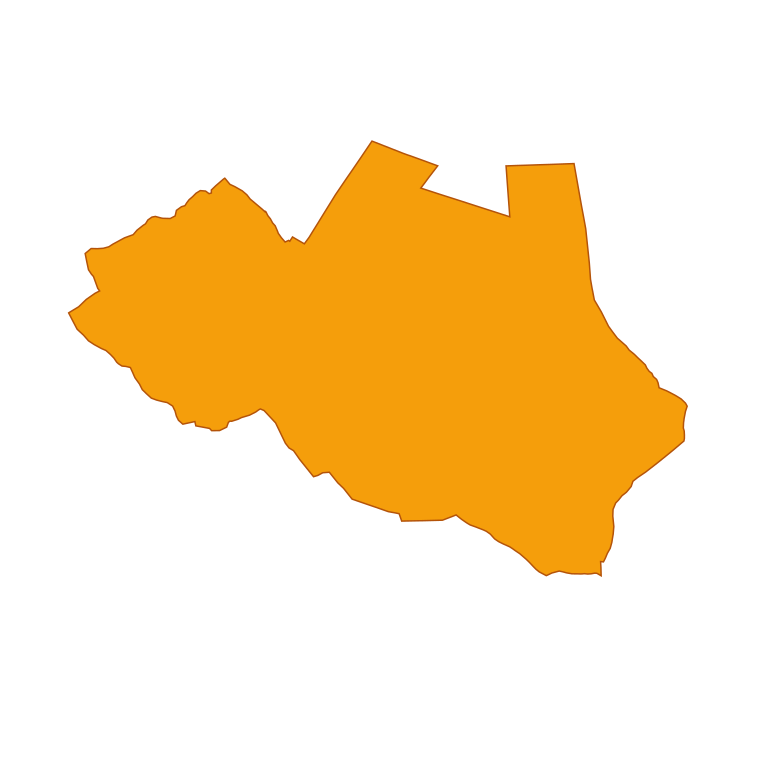 outline of Zaragoza, Veracruz, Mexico, rotated 346°
{"feature_id": "50627088B53644428615322", "entity_name": "Zaragoza", "entity_type": "district", "adm_level": 2, "iso_a3": "MEX", "parent_name": "Mexico", "parent_adm1": "Veracruz", "projection": "natural_earth1", "projection_center": [-94.642, 17.948], "detail": "fine", "context": "isolated", "style": "filled", "palette": "amber", "viewbox_px": 768, "rotation_deg": 346, "n_neighbors": 0, "source": "geoboundaries", "source_scale": "gbopen_adm2", "svg_char_len": 4199}
<svg xmlns="http://www.w3.org/2000/svg" viewBox="0 0 768 768"><g transform="rotate(346 384 384)"><path d="M279.3,145.8L278.8,146.0L277.9,146.3L275.3,147.6L268.6,151.0L265.0,153.1L263.4,154.0L262.7,156.9L260.3,157.0L258.1,154.3L257.5,153.6L252.5,151.9L247.8,153.4L243.5,156.0L239.5,158.0L236.4,160.5L234.0,162.8L230.3,163.0L224.6,165.3L222.0,170.4L216.6,171.7L209.4,169.7L207.9,169.0L202.7,166.1L199.2,165.9L194.6,167.7L191.3,170.9L188.9,171.7L187.3,172.4L181.6,175.0L176.8,178.4L176.2,178.5L174.1,178.7L167.6,179.4L162.9,180.6L161.4,181.0L154.8,182.7L150.1,184.3L144.5,184.4L139.5,183.5L138.8,183.4L132.6,181.7L128.1,183.9L125.6,185.1L125.2,193.1L124.9,201.7L126.7,206.7L128.1,209.4L129.4,222.0L130.6,224.9L125.5,226.1L115.6,229.9L106.4,235.2L95.4,238.6L95.2,238.7L97.7,249.2L99.5,256.6L101.1,259.1L104.2,263.8L107.7,270.6L112.4,275.7L118.5,281.3L122.3,284.2L125.6,289.0L128.2,293.5L129.9,298.1L131.2,300.1L134.1,303.2L136.1,303.9L137.8,304.5L140.7,306.0L141.9,306.7L142.6,310.5L142.9,312.0L143.4,315.1L143.9,317.8L146.7,324.8L148.1,331.0L149.8,333.7L151.0,335.7L154.8,341.4L159.5,344.6L164.3,347.2L166.1,348.1L169.2,349.6L173.6,354.3L174.2,357.3L174.6,359.1L174.7,359.5L174.8,364.9L175.8,369.5L178.0,372.7L178.3,373.2L179.1,374.3L191.4,374.7L191.3,379.1L204.0,384.9L205.5,387.6L213.2,389.4L220.9,387.8L223.8,383.5L225.5,382.8L227.3,383.3L233.8,382.9L237.6,382.1L239.8,382.0L246.0,381.7L252.9,380.1L256.3,378.7L258.0,378.3L260.9,380.5L261.2,380.7L269.4,395.5L271.2,404.1L272.0,408.0L274.0,417.6L276.4,423.1L280.1,426.8L282.2,432.2L283.9,436.7L293.2,456.9L297.7,456.7L303.1,455.3L309.6,456.4L315.3,468.8L319.1,474.8L319.5,475.4L325.2,488.0L327.4,489.4L329.8,491.0L338.6,496.7L340.6,498.0L346.2,501.6L357.3,508.9L359.3,509.8L363.1,511.5L367.3,513.5L368.0,521.3L386.4,525.5L386.7,525.6L407.8,530.3L416.8,529.2L417.0,529.2L422.3,528.5L426.4,533.9L430.6,538.7L433.5,541.6L437.7,544.4L438.3,544.8L445.1,549.6L447.7,551.7L450.8,555.3L453.2,559.8L453.9,561.1L457.1,564.7L461.1,568.1L466.6,572.4L468.9,574.9L471.0,577.4L474.7,581.5L478.0,586.2L479.6,588.5L481.6,591.7L484.2,596.3L484.7,597.2L486.7,600.6L488.0,602.3L489.1,603.8L495.1,609.2L496.8,608.9L501.2,608.0L502.1,608.0L507.9,607.9L508.8,607.9L512.4,609.7L515.4,611.4L520.2,613.5L520.3,613.6L525.4,614.9L528.9,615.9L530.4,616.2L532.4,616.5L532.8,616.6L535.5,617.6L535.8,617.7L539.2,618.3L542.6,618.5L543.0,618.6L544.5,619.1L544.9,619.3L548.3,622.6L550.1,614.5L551.2,608.7L553.9,609.7L556.6,606.6L559.8,602.3L563.7,598.2L566.7,592.9L567.4,591.3L568.0,589.8L570.1,585.0L571.9,579.7L572.5,578.0L573.9,568.5L574.0,567.7L575.9,561.1L578.1,558.1L580.0,555.5L583.4,553.4L588.0,549.9L591.0,548.6L593.1,547.6L597.9,544.1L599.0,543.3L602.0,538.6L606.8,536.4L607.7,536.0L616.7,532.7L621.4,530.6L630.2,526.7L641.4,521.5L648.6,518.1L648.8,518.0L658.3,513.3L661.2,511.9L662.3,509.5L662.8,507.5L663.1,506.4L663.9,502.3L663.8,499.1L665.3,494.0L666.2,491.8L666.8,490.2L669.9,483.5L672.8,478.9L671.9,475.5L668.7,470.4L665.4,467.0L664.0,465.6L659.1,461.2L656.7,459.1L650.0,454.2L650.2,449.1L649.6,445.5L647.1,441.9L646.5,438.5L644.4,435.9L642.9,432.3L642.2,428.7L639.7,424.7L636.4,419.6L634.1,415.8L630.1,410.4L628.2,405.7L625.1,401.2L621.5,396.0L618.6,389.2L615.8,382.3L612.3,366.6L609.0,355.4L608.4,353.4L608.9,344.5L609.0,342.0L609.7,332.3L610.4,328.4L612.5,316.2L617.3,282.1L618.1,269.7L618.7,259.4L621.3,221.7L621.7,216.1L598.5,211.2L587.9,208.9L573.8,205.9L566.0,204.2L557.4,202.4L555.2,201.9L551.7,222.0L546.5,252.2L532.7,243.6L521.4,236.6L514.5,232.3L499.4,222.9L484.0,213.4L467.1,202.8L472.0,198.9L477.3,194.5L488.9,185.3L482.8,181.2L478.0,177.9L476.2,176.7L464.6,168.9L462.5,167.6L458.5,164.9L431.1,145.4L416.2,158.8L407.2,166.8L406.2,167.7L397.8,175.1L382.8,188.5L363.9,206.9L358.6,212.1L352.7,217.8L347.5,222.9L347.0,223.4L343.9,226.0L340.6,228.7L340.4,228.5L334.8,223.1L330.8,219.2L327.1,222.7L326.2,221.6L322.4,222.3L319.8,217.2L318.7,214.3L317.9,212.3L317.6,209.7L317.3,207.9L316.7,204.2L314.9,200.8L313.7,196.2L313.1,194.9L312.0,192.5L311.1,188.4L310.5,187.7L310.2,188.1L308.1,184.9L307.8,184.5L298.9,172.2L296.7,167.2L294.4,164.0L293.2,162.3L287.1,156.5L282.8,153.0L279.9,146.9L279.3,145.8Z" fill="#f59e0b" stroke="#b45309" stroke-width="1.5"/></g></svg>